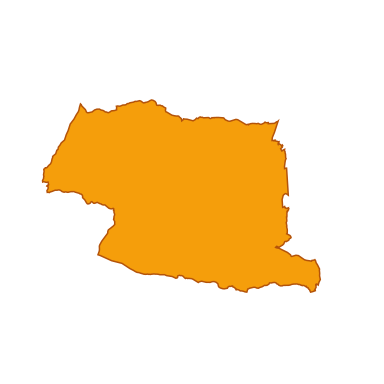 Cosesti, Arges, Romania, rotated 287°
{"feature_id": "2599482B79346869383870", "entity_name": "Cosesti", "entity_type": "district", "adm_level": 2, "iso_a3": "ROU", "parent_name": "Romania", "parent_adm1": "Arges", "projection": "robinson", "projection_center": [24.865, 45.071], "detail": "fine", "context": "isolated", "style": "filled", "palette": "amber", "viewbox_px": 384, "rotation_deg": 287, "n_neighbors": 0, "source": "geoboundaries", "source_scale": "gbopen_adm2", "svg_char_len": 6044}
<svg xmlns="http://www.w3.org/2000/svg" viewBox="0 0 384 384"><g transform="rotate(287 192 192)"><path d="M155.6,336.5L158.9,333.4L160.7,331.3L162.6,330.1L163.2,329.3L162.6,328.9L162.2,327.7L161.8,327.4L161.6,326.6L160.8,326.4L160.6,324.7L160.1,321.5L160.1,319.3L162.3,312.4L161.9,309.9L159.5,306.2L159.7,305.4L160.7,304.6L162.1,301.0L163.6,291.7L163.3,288.7L163.5,288.1L164.9,289.0L164.6,290.1L164.7,291.3L165.0,291.7L167.2,293.6L167.5,294.0L169.1,294.9L171.7,295.2L172.2,296.1L172.1,296.6L173.4,297.9L174.2,298.6L175.6,298.7L176.9,299.9L177.6,300.0L178.6,299.1L179.1,298.2L179.7,294.8L180.7,295.1L181.6,294.7L182.5,294.6L184.1,294.0L186.5,292.6L187.1,292.7L190.4,291.0L191.4,291.2L192.2,291.1L195.7,289.7L195.9,290.0L197.1,289.7L199.9,288.8L200.4,288.9L200.8,288.7L201.2,289.0L201.4,288.7L201.8,289.0L202.2,288.8L202.6,289.1L202.9,289.5L204.4,289.4L204.4,288.7L205.0,288.7L204.0,287.3L203.8,286.7L204.4,286.0L204.2,285.4L205.2,284.8L204.5,284.2L203.8,283.2L211.1,280.4L215.0,280.2L216.2,280.5L217.7,281.7L217.9,282.7L217.1,285.0L242.4,275.5L242.2,275.0L242.3,274.9L241.4,273.7L243.4,273.0L247.4,272.3L249.6,272.0L251.5,272.2L252.2,271.5L255.7,270.3L256.5,269.6L257.6,269.3L258.4,268.4L259.9,268.1L258.9,267.0L257.5,266.0L259.3,264.1L261.1,265.2L261.7,264.6L262.7,265.3L263.3,264.7L262.8,264.5L262.8,263.7L263.2,262.8L263.5,261.1L264.3,260.8L262.7,260.5L262.8,260.4L263.6,260.2L265.4,260.5L265.2,256.1L265.8,256.2L265.5,255.4L264.9,255.2L265.0,254.6L264.6,253.5L267.6,252.9L273.1,253.4L284.9,253.6L284.4,253.3L283.7,252.2L282.7,251.6L281.7,250.6L279.6,245.0L280.7,244.7L279.9,242.7L280.2,241.4L278.8,240.6L276.9,238.4L276.7,237.1L277.0,235.2L276.2,234.0L276.0,232.6L275.3,229.9L274.4,227.9L273.0,226.5L273.4,226.4L272.2,224.1L274.5,214.6L274.3,212.8L270.7,207.5L270.4,206.1L270.8,202.7L272.1,200.7L272.0,199.9L271.0,195.5L269.8,191.8L269.4,191.5L269.5,191.0L268.9,189.9L269.0,189.4L267.9,188.6L267.6,188.0L267.6,187.3L268.0,186.5L268.0,185.9L266.3,181.3L266.5,180.1L266.0,178.6L266.2,177.9L265.4,177.0L263.9,176.3L264.0,174.8L262.0,173.8L260.4,172.2L260.2,166.1L259.6,163.7L259.5,162.5L258.5,162.4L257.0,161.4L258.9,160.4L259.5,159.4L259.9,158.2L260.6,157.2L260.6,156.5L260.1,155.0L259.8,153.2L259.6,150.3L261.0,144.7L261.1,143.5L262.5,142.6L263.4,142.6L264.6,142.3L265.1,139.8L265.7,138.6L265.5,137.8L265.7,136.1L265.1,134.5L264.9,134.4L264.7,133.1L264.8,132.8L266.9,131.4L267.8,130.2L268.3,128.0L268.2,126.4L267.1,125.1L265.7,123.9L264.8,122.7L263.9,120.9L263.6,120.9L263.0,119.4L264.0,116.5L264.0,115.2L262.4,112.5L262.2,111.5L261.7,110.6L260.9,109.9L259.2,106.6L258.0,105.4L257.6,104.2L256.4,103.5L255.7,102.6L255.0,100.5L253.1,98.2L252.8,97.4L252.5,95.7L251.9,94.6L250.7,95.3L249.7,95.4L248.6,95.9L247.4,94.4L246.0,91.2L244.8,90.3L243.5,89.1L243.3,87.9L243.5,87.0L243.2,85.7L243.8,84.0L244.0,82.9L243.8,81.4L244.2,79.2L243.4,76.8L242.0,74.9L239.3,73.0L237.6,69.9L237.2,68.7L237.6,67.7L239.6,66.0L242.1,61.4L243.1,60.6L243.6,59.6L240.3,59.6L237.3,59.9L235.5,59.8L232.1,58.8L227.1,57.8L221.4,55.7L214.5,55.6L210.1,55.0L204.4,54.9L200.7,52.6L198.1,52.0L195.9,51.1L193.5,51.4L192.4,50.5L188.7,50.5L185.6,48.5L184.9,48.4L184.0,48.7L182.8,48.5L179.5,48.8L177.4,48.4L175.7,47.3L172.9,46.1L172.6,45.7L172.3,44.6L171.3,44.4L170.6,43.7L170.1,43.7L168.6,44.5L164.9,45.0L163.7,45.8L163.1,45.7L161.6,46.1L159.3,45.7L157.9,46.3L158.5,47.1L158.6,49.8L159.4,51.5L157.1,52.7L156.9,52.3L156.1,52.5L155.7,51.5L155.2,51.4L155.1,52.4L154.2,53.2L153.3,53.4L150.8,52.9L149.3,53.7L149.7,54.4L149.7,55.7L150.9,56.7L151.3,57.6L153.4,60.2L153.9,61.1L154.2,62.3L155.0,63.8L155.2,64.9L155.0,66.2L154.4,67.7L154.4,69.8L155.1,70.8L155.4,73.4L156.9,76.0L157.9,79.1L157.7,80.3L157.8,84.5L157.4,85.6L157.6,86.6L156.9,88.0L156.1,88.6L155.1,88.8L154.5,89.2L153.2,91.7L150.7,94.4L150.1,95.4L150.5,96.8L151.6,97.9L153.1,98.4L153.5,99.0L152.5,101.2L152.6,101.8L153.3,103.0L154.4,104.3L153.9,107.6L154.0,108.6L153.6,109.7L153.7,111.1L154.2,112.4L152.2,117.2L152.1,118.6L152.5,120.5L153.3,121.3L152.9,122.2L151.3,122.4L151.3,122.9L149.4,123.5L148.8,124.1L147.5,124.7L145.7,124.6L144.9,124.9L144.1,124.8L143.6,125.2L142.9,125.0L141.2,126.7L138.3,127.6L136.3,126.6L131.3,123.1L129.9,123.0L127.9,123.4L118.6,120.1L114.8,119.3L113.2,119.2L110.0,120.3L108.4,120.6L104.5,120.4L104.4,123.1L102.8,135.2L103.3,145.9L100.6,155.1L99.9,159.0L99.3,161.3L99.1,162.9L99.4,164.9L99.3,167.6L99.4,168.4L99.3,169.4L99.6,171.4L100.1,172.7L100.5,173.4L100.5,174.4L100.8,175.2L101.0,176.4L101.5,177.2L102.5,179.6L102.8,181.2L103.3,182.8L103.5,184.5L103.5,185.5L104.9,189.9L104.6,192.1L105.4,197.8L104.8,201.8L105.7,203.1L106.1,203.2L107.0,202.9L107.7,203.0L108.7,204.4L108.6,205.2L109.0,206.2L109.0,207.3L108.9,207.9L107.7,210.1L107.4,211.1L107.9,211.6L108.1,212.2L108.0,213.2L108.4,213.9L109.0,216.9L108.9,218.3L107.3,224.5L108.3,225.3L109.5,227.3L109.8,232.0L110.9,235.8L112.1,237.4L112.8,239.2L112.8,241.2L111.9,243.5L109.4,245.0L108.8,245.9L108.5,247.5L108.5,249.6L108.8,251.1L110.3,254.0L111.3,254.1L112.6,255.0L113.1,256.8L113.9,257.8L113.9,258.4L113.3,258.6L113.0,260.9L112.3,261.6L112.3,262.2L111.4,262.6L111.5,263.2L112.0,263.4L111.9,264.1L112.1,265.1L111.5,267.1L111.8,267.7L112.1,269.8L112.0,272.0L112.3,273.7L115.5,273.7L115.9,274.4L116.7,275.0L118.8,278.6L119.3,280.1L119.1,282.3L119.5,283.8L120.4,284.6L122.0,286.9L123.9,288.6L124.1,289.6L124.7,291.0L126.4,292.5L127.7,292.7L128.4,294.9L129.2,296.0L129.3,296.7L129.7,297.5L129.7,298.7L128.9,300.2L128.9,301.3L128.3,302.2L128.1,304.0L128.6,305.7L129.2,306.3L129.6,307.3L131.0,311.6L131.7,313.0L132.8,314.4L133.5,315.7L134.7,319.2L134.8,320.1L134.7,320.9L135.0,321.9L134.9,322.4L135.0,323.0L134.7,323.4L134.8,324.1L134.7,324.5L134.7,324.9L135.1,325.3L135.3,326.7L134.7,328.8L135.1,329.0L134.5,329.7L134.2,330.3L134.4,330.9L133.3,332.0L132.7,333.3L132.2,333.5L130.9,334.7L132.1,336.7L133.7,338.8L134.5,338.4L134.3,338.0L137.1,338.5L136.9,338.7L139.3,337.5L139.6,337.5L139.4,338.1L140.5,338.3L139.9,339.9L142.8,339.8L145.8,340.3L149.1,338.5L151.5,337.9L154.4,336.7L155.6,336.5Z" fill="#f59e0b" stroke="#b45309" stroke-width="1.5"/></g></svg>